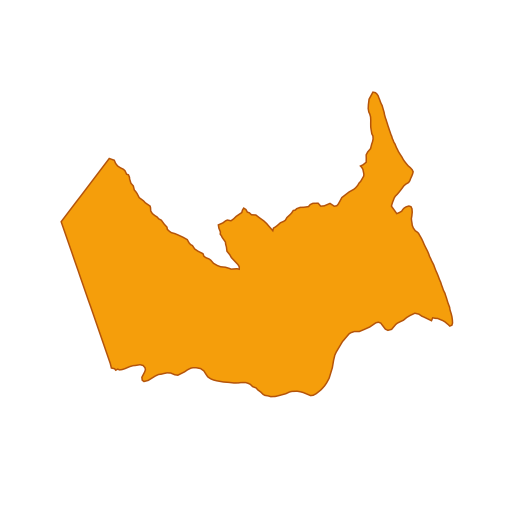 Araioses, Maranhão, Brazil, rotated 65°
{"feature_id": "56859067B64575087706788", "entity_name": "Araioses", "entity_type": "district", "adm_level": 2, "iso_a3": "BRA", "parent_name": "Brazil", "parent_adm1": "Maranhão", "projection": "robinson", "projection_center": [-42.029, -2.955], "detail": "fine", "context": "isolated", "style": "filled", "palette": "amber", "viewbox_px": 512, "rotation_deg": 65, "n_neighbors": 0, "source": "geoboundaries", "source_scale": "gbopen_adm2", "svg_char_len": 4754}
<svg xmlns="http://www.w3.org/2000/svg" viewBox="0 0 512 512"><g transform="rotate(65 256 256)"><path d="M105.6,347.8L127.5,389.3L131.0,396.1L142.6,418.1L170.9,421.0L173.9,421.3L184.2,422.4L187.2,422.7L195.3,423.5L199.7,424.0L224.8,426.6L232.5,427.3L291.9,433.5L296.4,434.4L298.4,431.8L300.2,431.4L300.1,429.1L301.5,427.9L302.3,425.5L302.7,422.5L302.9,417.1L303.4,413.8L304.2,411.7L305.5,407.0L307.5,404.6L310.3,403.8L312.4,404.3L314.1,406.0L317.7,410.7L320.5,411.6L322.4,410.6L323.2,406.3L322.2,397.9L322.2,394.4L323.1,391.6L323.5,389.4L324.3,386.0L326.0,382.8L329.3,379.8L331.0,377.2L330.8,369.7L330.2,366.2L330.1,362.5L330.6,360.4L332.0,357.4L334.6,353.8L338.1,351.8L342.1,351.3L345.1,350.8L347.0,349.7L348.5,348.7L350.6,346.7L352.6,344.2L356.4,338.8L359.2,333.8L361.8,329.6L363.5,325.8L364.3,323.3L366.3,318.9L368.0,317.0L369.9,315.4L372.9,314.3L375.7,311.6L378.0,311.0L381.3,309.2L384.5,308.0L386.1,306.8L387.9,304.1L389.7,302.1L391.5,297.8L392.3,293.6L393.4,287.1L393.4,283.0L393.9,280.7L395.9,275.9L398.0,272.9L399.7,270.9L405.6,265.5L406.4,263.0L406.2,259.6L404.8,253.9L404.0,251.8L402.7,248.8L401.0,245.9L400.0,244.5L397.7,241.4L389.6,234.1L383.1,229.6L379.1,226.4L376.9,223.8L370.1,213.8L365.9,204.6L365.6,202.5L366.0,198.8L368.1,194.3L368.3,188.8L368.4,182.9L367.2,175.6L367.7,173.1L369.5,171.3L376.9,169.7L379.1,167.9L379.8,164.1L377.1,158.3L376.6,156.3L376.5,152.7L376.5,149.5L375.4,145.3L375.0,141.3L375.0,136.2L377.5,133.0L380.7,131.1L382.1,129.8L388.8,124.3L386.7,122.0L388.4,119.6L389.4,117.7L391.2,116.1L393.6,113.9L395.7,112.5L397.9,111.5L399.5,110.7L401.4,110.0L401.5,107.7L399.8,106.2L397.1,105.1L393.9,104.1L390.9,103.5L387.9,103.1L386.2,102.8L384.3,102.2L381.6,102.0L379.2,101.8L377.1,101.5L374.4,101.1L371.5,100.8L369.5,100.5L367.8,100.6L365.8,100.6L363.3,100.3L360.6,100.1L357.7,99.7L355.9,99.7L354.0,99.6L351.8,99.4L350.1,99.3L348.0,99.2L345.3,99.2L342.4,99.0L339.1,98.7L336.2,98.8L334.3,98.9L332.1,98.8L329.8,98.9L327.1,98.6L324.0,98.5L321.2,98.6L318.6,98.7L316.0,98.7L313.9,98.6L310.7,98.6L307.9,98.8L306.0,99.0L304.1,99.1L302.4,99.8L300.4,101.0L297.0,101.6L294.1,101.4L292.3,100.8L289.8,100.1L287.8,99.4L285.5,97.8L282.3,95.9L279.2,94.7L276.8,94.7L275.3,96.3L274.9,99.2L275.2,101.6L275.9,103.3L277.0,105.1L277.2,107.8L277.1,110.5L268.1,112.2L266.5,110.9L264.8,109.3L263.2,107.6L261.8,106.2L260.7,104.5L259.7,101.8L258.6,99.4L257.4,97.0L256.2,94.7L254.9,92.4L254.2,89.9L253.9,86.7L252.8,84.8L251.1,83.1L249.7,81.4L247.8,79.4L246.1,78.0L243.9,78.0L241.2,78.8L238.6,80.0L235.6,80.8L232.5,81.5L230.5,81.8L228.2,81.9L225.5,82.3L223.3,82.6L221.5,82.8L219.0,82.8L217.0,82.9L214.9,82.8L213.1,82.7L211.1,83.0L209.2,82.8L207.2,82.8L204.7,82.4L202.8,82.4L200.7,82.1L198.4,81.9L196.1,81.6L193.2,81.3L191.4,81.0L189.4,80.8L187.6,80.5L185.8,80.4L184.0,80.1L182.2,79.8L180.0,79.2L177.3,78.8L175.4,78.5L172.9,78.1L170.6,78.2L168.8,78.1L166.7,77.9L164.4,77.8L162.4,77.6L160.1,78.0L158.4,78.8L156.9,80.8L161.7,87.3L163.2,88.2L166.2,90.1L169.8,92.0L173.1,92.9L175.5,92.9L178.4,93.4L181.4,94.6L184.3,96.0L187.6,97.5L189.5,98.1L194.2,99.4L196.6,99.3L199.4,100.4L201.8,102.2L203.4,103.8L207.1,106.8L208.9,110.8L210.9,113.4L214.3,114.9L217.6,116.5L218.6,120.6L218.6,123.3L220.4,122.7L222.6,122.5L227.3,123.6L229.1,124.6L232.6,129.6L233.4,131.7L235.0,134.0L236.3,136.9L236.9,139.2L237.3,144.6L239.3,153.5L242.0,157.1L243.9,159.8L244.6,161.6L244.0,164.0L239.6,166.7L239.4,172.9L238.2,176.3L234.4,177.4L232.3,182.2L232.3,185.1L233.4,187.6L232.0,192.2L230.6,195.4L230.3,199.2L231.0,201.0L230.5,203.0L232.0,205.4L232.8,207.3L234.2,211.7L236.0,214.3L236.3,216.4L236.2,219.8L237.4,223.9L237.9,226.2L238.1,228.4L240.2,230.1L236.6,231.1L233.5,232.0L231.2,232.6L227.5,234.1L222.5,236.9L218.8,238.8L216.7,242.7L214.0,243.8L212.6,245.3L209.6,245.5L207.4,246.9L208.7,248.9L210.6,250.5L211.7,257.2L212.9,260.6L213.5,263.8L211.3,266.8L211.3,268.8L212.0,272.1L211.9,277.0L215.2,277.9L219.2,278.1L221.1,279.2L223.1,278.8L224.9,278.8L230.4,277.8L232.4,278.5L235.3,279.0L239.4,280.3L243.9,279.2L247.0,279.0L256.1,276.0L258.7,275.7L260.9,276.8L259.5,278.6L257.4,284.1L255.9,285.5L253.3,288.4L250.8,292.6L248.4,295.0L244.7,297.6L240.6,298.8L238.7,299.9L236.6,301.9L234.4,303.3L231.5,303.1L227.2,306.5L223.7,308.6L219.7,309.2L218.1,310.4L215.9,311.1L212.1,311.4L210.0,312.9L208.2,314.2L203.8,317.9L201.4,320.1L199.0,322.9L197.1,324.0L194.4,325.1L192.2,324.5L188.5,325.7L183.5,326.7L181.3,328.4L178.7,329.2L176.8,330.5L173.8,332.0L170.7,332.4L167.7,331.2L166.0,330.9L160.9,333.9L158.6,334.6L156.3,335.8L153.8,337.2L149.1,337.4L146.7,337.8L144.7,338.4L140.7,337.6L137.2,338.6L132.8,338.0L131.2,337.4L128.5,337.3L127.2,338.7L123.4,338.7L121.4,339.5L118.5,341.8L115.9,343.4L112.7,344.1L109.3,344.0L105.6,347.8Z" fill="#f59e0b" stroke="#b45309" stroke-width="1.5"/></g></svg>